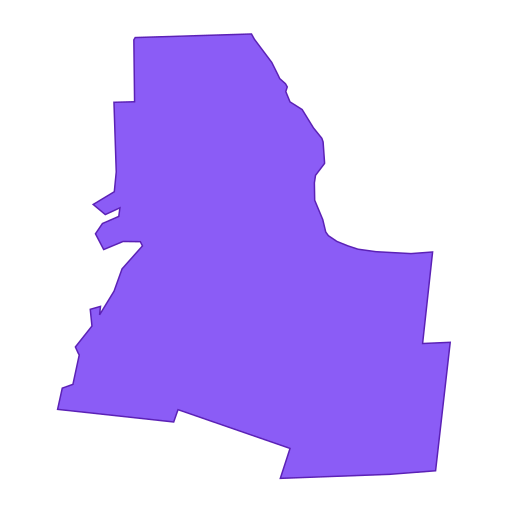 the district of Oswego, New York, United States of America, rotated 91°
{"feature_id": "52423323B56598235469590", "entity_name": "Oswego", "entity_type": "district", "adm_level": 2, "iso_a3": "USA", "parent_name": "United States of America", "parent_adm1": "New York", "projection": "albers", "projection_center": [-76.226, 43.431], "detail": "fine", "context": "isolated", "style": "filled", "palette": "violet", "viewbox_px": 512, "rotation_deg": 91, "n_neighbors": 0, "source": "geoboundaries", "source_scale": "gbopen_adm2", "svg_char_len": 923}
<svg xmlns="http://www.w3.org/2000/svg" viewBox="0 0 512 512"><g transform="rotate(91 256 256)"><path d="M467.6,72.7L338.9,60.3L340.6,87.9L248.9,79.5L250.9,101.1L249.6,136.1L247.4,154.2L244.1,164.8L240.0,175.4L234.4,184.0L230.8,186.7L218.4,189.9L199.2,198.3L181.8,198.9L174.3,197.9L162.3,189.1L161.2,189.1L140.8,190.9L137.2,192.2L126.9,200.8L108.8,212.4L101.3,224.7L91.1,229.1L86.4,227.7L83.3,229.5L78.2,235.4L75.3,236.8L62.2,243.6L39.3,261.4L34.1,264.4L39.7,380.6L42.0,381.9L103.9,380.1L104.8,400.7L174.4,397.2L194.2,398.8L207.3,419.7L217.2,407.4L210.2,392.9L218.8,393.9L226.2,410.1L236.6,416.9L252.2,408.4L243.8,389.2L243.7,371.9L247.9,369.7L271.2,389.7L293.6,397.3L317.6,411.4L309.1,410.6L312.2,420.8L328.9,418.8L350.1,435.0L356.2,432.1L358.0,431.0L387.5,436.8L391.5,447.4L412.8,451.7L423.4,335.4L411.0,331.3L447.8,218.6L477.9,227.8L471.9,118.0L467.6,72.7Z" fill="#8b5cf6" stroke="#5b21b6" stroke-width="1.5"/></g></svg>